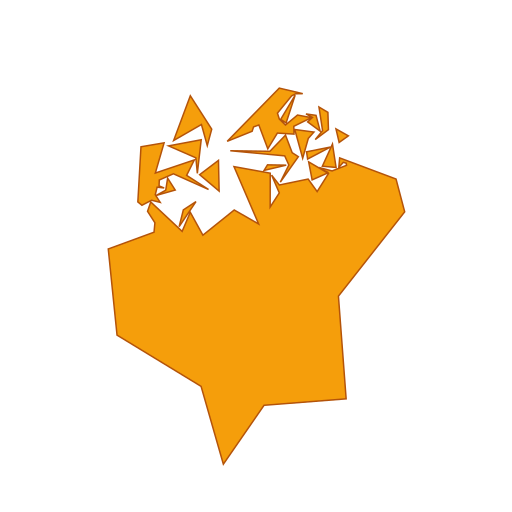 San Lorenzo, Valle, Honduras, rotated 154°
{"feature_id": "27666195B73827570061080", "entity_name": "San Lorenzo", "entity_type": "district", "adm_level": 2, "iso_a3": "HND", "parent_name": "Honduras", "parent_adm1": "Valle", "projection": "orthographic", "projection_center": [-87.426, 13.441], "detail": "medium", "context": "isolated", "style": "filled", "palette": "amber", "viewbox_px": 512, "rotation_deg": 154, "n_neighbors": 0, "source": "geoboundaries", "source_scale": "gbopen_adm2", "svg_char_len": 1948}
<svg xmlns="http://www.w3.org/2000/svg" viewBox="0 0 512 512"><g transform="rotate(154 256 256)"><path d="M376.6,83.2L314.2,118.3L237.6,88.1L199.5,183.8L103.0,230.5L96.4,263.8L137.8,307.5L142.7,299.4L136.5,301.9L134.2,299.9L134.9,297.8L150.3,299.1L159.0,306.6L158.6,304.7L154.8,299.8L154.6,298.4L172.8,287.1L175.4,302.3L203.9,309.6L206.5,321.9L207.4,302.5L221.8,293.8L206.9,324.2L236.6,346.0L239.6,283.6L255.4,306.9L294.6,298.0L295.9,324.1L311.6,310.5L326.9,350.7L333.9,343.7L332.3,330.2L337.2,322.1L385.7,327.1L415.6,245.8L362.5,162.9L376.6,83.2ZM294.2,366.1L269.5,336.6L283.0,358.9L269.3,369.4L310.1,374.7L289.0,398.0L311.5,404.6L338.5,356.4L336.3,351.6L325.4,351.9L318.6,346.2L319.7,355.2L314.7,361.2L308.7,357.4L312.4,361.5L309.6,366.7L294.2,366.1ZM165.2,356.0L145.6,356.1L156.9,364.5L172.1,360.8L175.0,368.8L174.1,375.0L153.8,384.3L149.2,384.4L142.8,381.4L161.5,396.7L231.6,371.7L204.8,369.8L201.6,373.1L196.0,372.5L198.4,347.2L182.9,357.1L168.4,348.9L165.2,356.0ZM174.4,326.7L178.2,333.0L176.5,351.7L197.6,344.0L233.0,361.9L186.3,333.4L186.6,323.4L201.8,311.7L174.4,326.7ZM240.2,389.4L244.8,428.8L279.4,395.9L247.4,398.1L251.4,376.6L240.2,389.4ZM272.5,356.0L254.3,384.5L286.3,393.3L267.0,370.6L272.5,356.0ZM247.8,358.4L271.0,353.8L260.7,330.5L247.8,358.4ZM170.6,362.4L150.3,383.4L173.9,368.0L170.6,362.4ZM171.2,323.4L157.4,338.8L149.6,342.0L165.7,352.7L171.2,323.4ZM299.7,350.7L301.3,364.7L308.3,354.7L319.3,354.2L299.7,350.7ZM135.5,337.8L128.4,353.6L134.1,362.3L141.2,339.5L151.7,334.7L135.5,337.8ZM145.2,300.5L138.2,323.1L157.0,307.6L145.2,300.5ZM141.3,321.3L164.9,327.5L167.1,320.5L141.3,321.3ZM159.8,306.1L167.4,317.5L172.2,299.8L155.3,299.2L159.8,306.1ZM301.1,329.3L312.2,316.1L286.1,331.2L301.1,329.3ZM189.0,324.4L205.7,332.9L211.2,329.4L189.0,324.4ZM140.4,356.1L148.8,361.8L144.5,355.8L150.8,353.9L143.6,340.1L140.4,356.1ZM120.3,323.5L128.4,335.2L131.5,321.6L120.3,323.5Z" fill="#f59e0b" stroke="#b45309" stroke-width="1.5"/></g></svg>